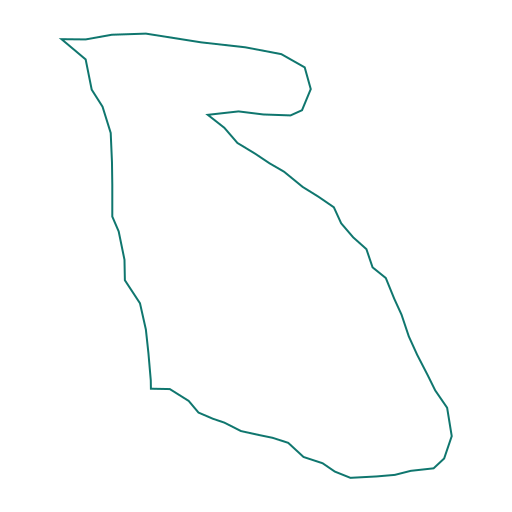 Spathariko, Cyprus (Albers equal-area conic projection), rotated 272°
{"feature_id": "46923920B58685009423806", "entity_name": "Spathariko", "entity_type": "district", "adm_level": 2, "iso_a3": "CYP", "parent_name": "Cyprus", "parent_adm1": "", "projection": "albers", "projection_center": [33.885, 35.234], "detail": "fine", "context": "isolated", "style": "outline", "palette": "teal", "viewbox_px": 512, "rotation_deg": 272, "n_neighbors": 0, "source": "geoboundaries", "source_scale": "gbopen_adm2", "svg_char_len": 971}
<svg xmlns="http://www.w3.org/2000/svg" viewBox="0 0 512 512"><g transform="rotate(272 256 256)"><path d="M416.5,86.0L399.9,97.4L373.9,106.5L344.6,108.8L322.0,109.9L290.4,111.0L275.8,117.9L247.6,124.7L227.2,125.8L204.7,141.7L178.7,148.5L155.0,151.9L127.9,155.2L119.7,155.6L120.0,174.5L108.8,193.8L97.5,204.0L91.8,218.7L88.4,230.1L80.5,247.1L77.2,265.2L74.9,278.8L70.4,294.7L56.8,310.5L51.2,329.8L43.3,342.3L37.6,358.1L39.9,384.2L42.1,402.4L46.7,418.2L50.0,440.9L60.2,451.1L82.8,457.9L111.0,452.3L127.9,439.8L142.6,431.9L162.9,420.5L181.0,411.5L202.4,403.5L218.2,395.6L238.5,386.5L248.7,372.9L266.7,366.1L278.0,352.5L291.6,340.0L307.4,332.1L317.5,316.2L326.6,300.3L341.2,281.1L349.1,266.3L358.2,251.6L368.3,233.5L383.0,219.9L395.4,202.9L399.9,233.5L397.7,258.4L397.7,285.6L403.3,296.9L424.7,304.9L446.2,298.1L458.6,274.3L464.2,238.0L467.6,193.8L474.4,138.2L472.1,104.2L466.5,78.2L465.9,54.1L446.5,78.9L416.5,86.0Z" fill="none" stroke="#0f766e" stroke-width="2"/></g></svg>